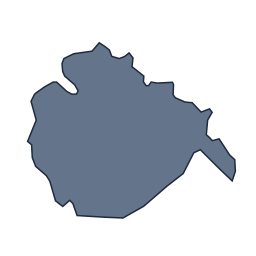 Nde, Ouest, Cameroon, rotated 352°
{"feature_id": "32672807B46712188555835", "entity_name": "Nde", "entity_type": "district", "adm_level": 2, "iso_a3": "CMR", "parent_name": "Cameroon", "parent_adm1": "Ouest", "projection": "natural_earth1", "projection_center": [10.622, 5.088], "detail": "fine", "context": "isolated", "style": "filled", "palette": "slate", "viewbox_px": 256, "rotation_deg": 352, "n_neighbors": 0, "source": "geoboundaries", "source_scale": "gbopen_adm2", "svg_char_len": 993}
<svg xmlns="http://www.w3.org/2000/svg" viewBox="0 0 256 256"><g transform="rotate(352 128 128)"><path d="M223.8,194.9L228.3,185.8L229.3,174.2L224.9,168.9L216.7,151.4L209.8,152.3L206.9,148.2L204.6,145.6L208.0,131.2L213.5,124.2L211.4,120.4L202.6,122.4L195.1,111.9L188.0,110.2L179.1,104.7L177.3,101.4L179.1,91.4L178.4,88.9L163.3,87.6L157.3,85.7L154.3,88.9L151.8,88.6L149.7,84.5L150.9,78.8L140.5,67.9L142.7,59.3L139.5,53.8L134.7,56.7L129.0,58.0L121.9,54.8L120.4,48.2L116.5,44.1L111.4,39.6L103.1,46.9L84.6,46.9L74.2,50.3L71.6,55.1L71.2,62.9L72.5,67.8L81.3,77.9L83.8,84.3L81.7,87.2L77.1,86.7L72.5,83.3L63.7,72.6L60.3,72.1L50.8,75.8L41.2,80.8L39.9,81.9L35.7,88.1L37.4,101.0L38.2,107.5L26.7,127.3L30.2,131.2L29.1,144.2L31.3,153.2L40.5,163.8L43.2,169.9L46.1,190.1L52.5,196.6L60.2,191.5L62.9,195.1L65.4,207.6L71.3,208.8L81.1,210.8L93.1,213.2L110.5,216.4L132.8,207.6L158.8,190.8L176.3,180.8L189.7,161.7L196.6,159.6L213.4,181.8L223.8,194.9Z" fill="#64748b" stroke="#1e293b" stroke-width="1.5"/></g></svg>